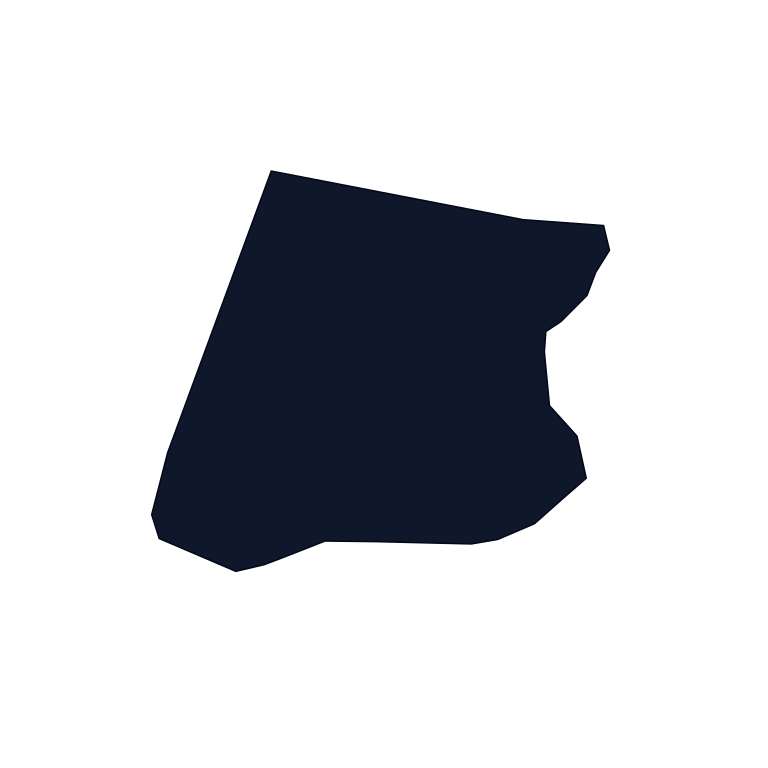 Santana do São Francisco, Sergipe, Brazil (Robinson projection), rotated 127°
{"feature_id": "56859067B59793984348526", "entity_name": "Santana do São Francisco", "entity_type": "district", "adm_level": 2, "iso_a3": "BRA", "parent_name": "Brazil", "parent_adm1": "Sergipe", "projection": "robinson", "projection_center": [-36.636, -10.286], "detail": "fine", "context": "isolated", "style": "filled", "palette": "ink", "viewbox_px": 768, "rotation_deg": 127, "n_neighbors": 0, "source": "geoboundaries", "source_scale": "gbopen_adm2", "svg_char_len": 471}
<svg xmlns="http://www.w3.org/2000/svg" viewBox="0 0 768 768"><g transform="rotate(127 384 384)"><path d="M337.5,165.8L309.5,198.5L301.7,238.8L261.9,275.2L244.7,286.3L227.5,280.2L191.1,275.2L167.4,282.1L141.5,284.4L125.3,304.0L169.1,371.9L281.8,602.2L569.2,515.4L628.2,490.9L642.7,470.5L622.8,389.6L600.2,370.8L583.0,360.0L544.9,336.6L514.5,295.2L459.2,218.0L439.7,199.6L404.9,179.7L366.8,172.0L337.5,165.8Z" fill="#0f172a" stroke="#020617" stroke-width="1.5"/></g></svg>